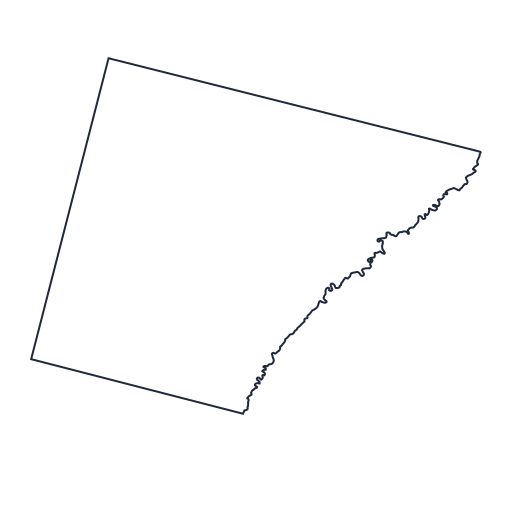 the district of Caleu Caleu, La Pampa, Argentina, rotated 284°
{"feature_id": "61730980B9086176864437", "entity_name": "Caleu Caleu", "entity_type": "district", "adm_level": 2, "iso_a3": "ARG", "parent_name": "Argentina", "parent_adm1": "La Pampa", "projection": "equal_earth", "projection_center": [-63.891, -38.789], "detail": "fine", "context": "isolated", "style": "outline", "palette": "slate", "viewbox_px": 512, "rotation_deg": 284, "n_neighbors": 0, "source": "geoboundaries", "source_scale": "gbopen_adm2", "svg_char_len": 6162}
<svg xmlns="http://www.w3.org/2000/svg" viewBox="0 0 512 512"><g transform="rotate(284 256 256)"><path d="M412.2,65.1L101.5,62.8L99.8,281.4L100.2,281.3L101.6,282.0L103.2,282.1L103.6,282.5L104.0,283.6L104.4,284.1L104.9,284.5L105.6,284.9L107.2,284.4L108.4,284.5L110.5,284.2L112.2,283.7L114.6,283.7L115.2,283.3L115.7,282.4L115.7,282.0L116.1,281.9L117.9,282.9L118.8,283.5L119.9,284.9L120.6,285.2L121.2,285.1L121.7,284.5L122.3,284.3L124.0,284.7L124.9,285.1L125.9,286.3L127.1,286.7L127.4,287.0L127.5,287.2L128.0,288.4L128.4,288.7L129.2,288.8L129.5,288.3L129.7,287.4L130.2,286.3L130.8,286.1L131.2,286.1L132.4,286.9L132.8,287.7L133.1,288.6L133.0,289.4L133.2,290.3L133.8,290.2L134.5,290.0L135.8,288.1L136.1,287.1L136.9,286.5L137.5,286.6L138.3,286.9L138.6,287.5L138.6,288.3L138.4,289.0L137.2,290.7L137.4,291.1L138.4,291.7L139.1,292.0L140.1,291.8L141.3,291.1L141.9,291.2L142.3,291.6L142.2,292.5L142.2,292.9L142.4,293.1L143.2,293.2L144.1,293.1L145.3,291.7L145.6,290.3L145.8,290.0L146.4,290.2L147.3,291.1L147.4,291.5L147.7,291.8L147.9,292.6L148.2,293.0L148.7,292.9L149.5,292.5L149.8,291.8L149.9,290.8L150.2,290.1L150.7,290.2L151.3,290.7L151.5,291.4L151.7,292.4L151.6,293.0L152.1,293.9L153.9,294.8L154.3,295.4L154.6,296.5L155.5,297.8L157.0,298.4L158.7,298.6L159.7,298.3L160.8,297.5L161.5,296.9L163.2,296.1L165.0,295.1L165.5,295.3L166.1,296.0L166.2,296.7L166.0,298.1L166.4,298.8L167.1,299.3L168.2,299.9L168.8,300.4L169.4,301.1L170.4,301.6L172.0,301.8L172.9,301.7L173.6,301.4L174.1,301.6L175.5,302.7L177.3,303.4L179.0,304.3L180.4,304.7L181.0,304.7L181.7,304.6L182.6,304.6L183.6,305.7L185.9,307.0L187.7,307.8L188.2,308.2L188.9,309.8L189.4,310.5L190.0,311.0L192.7,311.8L194.3,313.2L195.9,313.6L196.6,314.0L199.4,315.9L201.1,316.8L203.8,318.6L204.5,318.9L205.5,318.4L206.3,318.3L207.2,318.9L207.9,320.5L208.4,320.9L209.0,320.8L209.7,320.4L210.6,320.5L213.0,322.2L214.3,322.8L215.5,323.2L217.0,324.0L218.0,325.3L219.1,326.3L220.4,327.3L221.3,327.8L222.5,328.1L225.5,328.3L226.8,328.4L227.6,328.8L227.9,329.4L227.8,329.9L227.2,330.9L227.3,331.7L227.2,333.0L227.4,334.4L227.7,335.0L228.1,335.4L228.6,335.6L229.3,335.2L229.7,334.1L230.8,332.3L231.7,331.7L233.7,331.9L235.6,332.6L236.3,332.6L239.0,331.9L240.4,331.9L241.1,332.1L241.8,332.5L242.5,333.2L242.7,334.2L242.1,335.1L240.5,335.2L240.2,336.6L240.5,337.5L241.3,338.2L242.2,338.0L244.3,336.5L245.1,335.7L245.9,335.4L246.6,335.5L247.3,335.7L247.7,336.5L247.6,337.2L247.3,338.2L246.8,339.1L246.0,339.8L244.9,340.4L244.4,340.8L244.4,341.8L244.5,342.6L244.9,343.1L245.5,344.3L246.0,344.6L246.6,344.6L247.2,344.5L247.7,344.9L248.4,345.5L248.8,345.5L249.3,345.3L250.0,345.3L252.1,346.3L253.9,346.8L255.4,347.5L255.8,347.5L256.4,348.0L256.4,348.7L256.3,350.3L256.5,350.8L257.8,351.3L258.8,352.1L259.4,352.2L260.6,352.2L261.7,352.3L262.5,352.9L263.0,353.6L263.8,355.6L264.5,356.9L264.9,357.8L265.0,358.5L265.0,359.0L264.6,360.0L262.8,362.2L262.3,363.1L262.5,364.3L263.2,365.0L264.2,365.2L265.3,364.7L266.6,363.3L267.7,362.4L268.4,362.4L268.9,362.7L269.6,363.4L269.9,364.2L270.6,365.5L271.3,368.0L271.3,368.7L271.7,369.3L272.6,369.8L273.3,370.0L274.1,370.0L274.6,369.3L275.2,369.0L276.0,368.7L276.7,368.8L277.4,369.2L278.3,369.8L279.0,370.0L279.7,370.1L280.4,369.7L280.6,369.0L280.4,368.7L280.2,368.4L279.2,368.1L278.1,368.4L277.6,367.9L277.6,367.4L277.8,366.7L278.2,366.0L279.1,365.4L279.8,365.6L281.0,366.6L281.8,367.7L282.7,369.7L282.8,370.1L283.3,371.0L283.7,371.2L284.7,371.3L286.0,371.0L286.5,370.6L287.1,370.3L287.4,370.3L287.8,370.6L288.1,371.3L288.2,372.4L288.8,373.3L290.2,374.8L290.4,375.4L290.3,375.8L289.6,377.2L289.2,378.5L289.2,379.9L289.4,380.1L289.6,380.2L290.3,380.2L290.5,380.1L291.0,379.4L293.8,376.7L296.7,375.8L297.9,376.0L298.5,375.8L299.0,376.0L299.5,375.9L300.0,375.6L300.9,375.5L301.2,375.1L301.3,374.4L301.3,373.0L301.2,372.6L299.8,372.0L299.6,371.4L299.8,370.6L300.1,370.3L300.9,370.0L301.5,370.1L302.2,370.6L303.9,374.6L304.4,376.3L305.3,377.6L306.5,377.8L307.5,377.6L308.0,377.8L308.9,377.2L310.1,377.1L310.6,377.7L310.9,379.8L310.4,380.6L309.8,380.9L309.3,382.5L309.6,383.8L309.5,384.7L309.0,385.5L308.9,386.5L309.3,387.3L310.9,388.1L312.6,388.6L313.7,389.5L314.0,390.0L314.4,391.2L314.6,392.0L315.2,392.7L315.5,393.3L315.8,394.2L316.0,395.5L315.8,396.6L314.5,398.0L314.3,398.5L314.6,398.9L315.2,399.0L316.4,398.1L317.1,397.3L318.0,397.3L319.5,398.0L320.7,399.0L321.0,399.5L321.3,400.7L321.6,401.5L322.5,402.3L323.3,402.8L324.3,402.9L324.9,403.4L326.8,404.3L327.1,404.5L327.8,404.8L328.6,405.0L330.7,404.9L331.9,404.5L332.7,404.1L333.6,404.2L333.9,404.4L334.2,404.7L334.3,405.1L334.4,405.6L334.3,406.7L334.1,407.1L333.8,407.5L332.8,408.2L332.4,409.0L332.4,409.5L332.8,410.3L333.3,410.9L334.4,411.0L336.7,409.7L337.3,409.6L337.7,410.3L337.2,411.4L337.1,411.6L337.1,411.8L337.2,412.2L338.0,412.7L338.9,412.9L339.3,413.1L341.7,413.2L343.1,412.6L343.7,412.4L344.0,412.9L343.3,416.1L343.3,418.3L343.5,418.9L344.6,419.9L345.2,420.2L346.1,420.0L346.5,419.8L346.9,419.3L347.3,418.2L347.4,416.3L347.6,415.7L348.4,415.6L348.7,416.5L348.8,417.2L348.6,418.2L348.3,419.3L348.4,420.5L349.1,421.2L349.5,421.4L350.8,421.5L352.6,420.8L353.6,419.9L354.1,419.2L354.7,419.1L355.2,419.6L355.6,420.8L355.6,421.6L355.9,422.3L356.9,423.0L358.1,423.8L359.2,423.8L359.8,423.1L360.9,423.2L361.6,423.5L361.8,425.3L362.1,426.4L362.9,426.5L363.5,426.0L363.6,425.3L363.8,424.6L364.4,424.8L365.4,425.6L366.8,427.0L367.9,428.5L368.9,430.2L369.5,430.9L369.8,431.5L369.3,434.6L369.1,435.0L368.8,435.9L368.8,437.2L369.1,437.5L369.5,437.7L370.1,437.8L370.8,438.3L372.2,439.2L372.8,439.5L373.3,439.8L373.9,439.9L374.5,440.2L375.0,440.6L375.6,440.7L376.2,441.1L376.4,441.5L376.5,441.9L376.5,442.2L376.7,442.8L377.3,443.1L378.5,443.4L379.5,443.1L379.9,442.9L381.5,441.4L382.8,440.7L383.7,441.1L384.1,441.6L385.2,442.3L385.9,443.4L387.7,445.8L389.4,447.0L390.7,448.4L391.4,448.6L391.8,448.5L392.0,448.2L392.3,447.5L392.3,446.3L392.5,445.8L392.6,445.6L393.0,445.5L393.4,445.9L395.0,446.4L396.6,447.7L397.5,448.7L397.9,449.0L398.6,449.2L398.9,449.2L399.1,448.7L399.4,448.3L400.8,447.9L401.8,447.7L402.6,447.8L406.8,448.7L408.6,448.4L410.2,448.8L410.7,448.9L411.1,448.7L411.4,448.5L412.2,65.1Z" fill="none" stroke="#1e293b" stroke-width="2"/></g></svg>